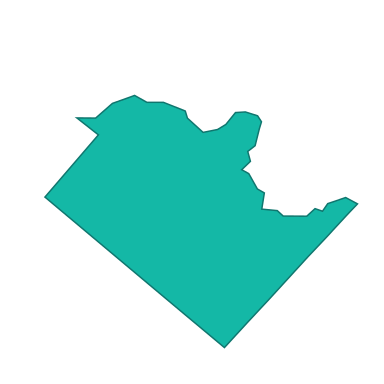 the district of Brooks, Georgia, United States of America, rotated 309°
{"feature_id": "52423323B17696390858849", "entity_name": "Brooks", "entity_type": "district", "adm_level": 2, "iso_a3": "USA", "parent_name": "United States of America", "parent_adm1": "Georgia", "projection": "natural_earth1", "projection_center": [-83.482, 30.858], "detail": "fine", "context": "isolated", "style": "filled", "palette": "teal", "viewbox_px": 384, "rotation_deg": 309, "n_neighbors": 0, "source": "geoboundaries", "source_scale": "gbopen_adm2", "svg_char_len": 735}
<svg xmlns="http://www.w3.org/2000/svg" viewBox="0 0 384 384"><g transform="rotate(309 192 192)"><path d="M91.5,315.1L125.4,317.2L126.8,317.3L158.3,319.5L214.9,322.9L240.7,324.9L245.2,325.2L250.5,325.5L270.5,326.8L275.9,327.2L286.9,328.1L284.4,314.9L268.4,304.8L259.2,305.5L256.5,298.1L245.4,296.4L230.7,278.0L231.2,270.0L222.6,257.0L236.8,248.8L235.5,240.9L242.0,224.6L240.6,216.6L252.6,218.1L258.6,209.8L267.7,211.9L283.4,204.6L290.3,201.8L292.5,195.0L287.8,183.1L281.1,175.8L265.8,175.8L256.6,172.5L245.3,163.1L246.5,142.0L250.7,135.8L243.7,113.4L233.3,100.5L230.9,86.6L227.2,84.4L210.8,74.4L188.8,70.6L177.1,55.9L177.5,83.3L95.5,80.9L93.1,216.4L92.3,263.4L91.5,315.1Z" fill="#14b8a6" stroke="#0f766e" stroke-width="1.5"/></g></svg>